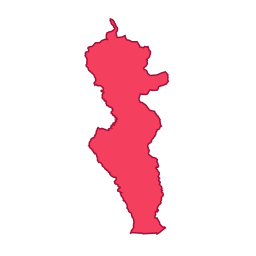 Cugir, Alba, Romania, rotated 192°
{"feature_id": "2599482B86964812869554", "entity_name": "Cugir", "entity_type": "district", "adm_level": 2, "iso_a3": "ROU", "parent_name": "Romania", "parent_adm1": "Alba", "projection": "natural_earth1", "projection_center": [23.412, 45.734], "detail": "fine", "context": "isolated", "style": "filled", "palette": "rose", "viewbox_px": 256, "rotation_deg": 192, "n_neighbors": 0, "source": "geoboundaries", "source_scale": "gbopen_adm2", "svg_char_len": 5856}
<svg xmlns="http://www.w3.org/2000/svg" viewBox="0 0 256 256"><g transform="rotate(192 128 128)"><path d="M125.8,211.7L126.0,211.1L128.8,211.2L129.4,209.8L133.5,209.8L133.8,211.0L134.7,211.7L135.9,213.2L137.2,214.3L142.0,213.2L145.4,214.1L147.3,213.9L148.7,215.1L150.1,217.8L152.7,215.7L157.3,214.3L157.8,214.8L159.1,217.5L159.6,219.2L159.5,219.9L158.8,220.6L158.6,221.0L158.8,222.7L159.1,223.6L160.7,225.1L162.4,227.4L163.3,228.2L163.6,229.0L164.2,229.6L165.7,230.7L167.9,231.0L167.8,229.3L166.6,228.0L166.1,226.8L165.5,226.1L163.4,225.0L163.2,223.9L162.0,223.3L161.7,222.4L162.2,221.2L164.1,219.1L166.5,218.0L168.3,216.6L168.1,215.9L168.6,215.1L168.4,214.1L168.4,213.3L167.8,211.6L166.6,210.3L168.8,210.0L169.7,209.6L170.4,208.8L171.7,208.2L173.6,205.5L177.3,204.7L178.1,203.8L178.9,201.9L180.2,200.2L182.0,199.8L182.4,199.3L183.2,199.0L183.8,198.2L183.8,197.6L182.8,196.5L182.6,194.5L184.3,193.8L185.2,193.1L185.4,192.3L184.6,190.9L185.0,189.9L182.3,186.9L182.3,185.9L181.9,184.9L182.0,183.9L181.5,182.3L182.1,180.8L181.4,179.5L180.4,179.1L179.3,178.2L179.1,177.2L178.3,176.3L173.6,173.7L172.4,172.8L172.0,172.4L171.5,171.3L170.2,170.0L169.8,169.0L169.4,166.7L170.1,166.0L170.6,164.9L170.1,164.2L169.7,164.0L169.3,163.0L168.5,163.6L167.9,163.8L167.3,163.2L166.3,163.1L163.9,163.6L163.0,163.6L162.4,163.0L161.6,162.8L160.5,162.0L160.6,161.7L160.1,161.2L160.3,159.9L160.8,159.4L161.8,159.4L162.0,159.2L161.8,158.2L161.6,158.1L160.5,158.4L159.5,157.8L159.1,157.9L159.2,157.2L159.6,157.0L159.9,156.2L159.8,155.6L160.0,155.3L160.2,154.8L159.5,153.9L159.7,152.9L159.6,152.3L158.7,151.3L157.7,151.4L157.3,151.0L157.2,150.2L156.5,149.5L156.1,149.5L155.3,149.8L155.0,149.7L154.5,148.7L154.8,147.8L154.5,147.3L153.7,146.7L153.7,146.0L153.4,145.6L151.7,145.7L151.2,144.9L148.8,144.6L147.4,144.0L147.2,143.7L147.3,143.0L146.5,142.3L146.5,141.9L147.4,140.9L147.8,139.9L147.3,138.7L146.2,138.7L145.7,137.6L145.3,137.3L143.7,137.2L143.7,136.6L143.6,136.4L143.1,136.5L142.8,136.1L142.7,135.3L142.5,135.2L142.0,135.6L141.3,135.6L141.0,134.8L140.6,134.6L141.3,134.0L141.0,133.5L141.1,133.3L141.7,133.2L141.9,133.1L141.1,132.7L140.8,132.1L140.9,131.8L141.7,131.5L141.9,131.2L141.7,130.3L143.5,129.8L143.4,129.0L142.0,128.4L141.9,128.2L142.1,128.0L142.6,128.0L143.8,128.3L144.3,127.4L144.1,126.8L145.0,126.5L144.8,124.9L144.3,124.6L145.1,124.4L145.5,123.8L146.7,123.1L146.3,122.3L146.3,121.8L146.8,121.6L147.5,121.8L148.8,121.3L149.8,121.8L153.6,122.2L154.5,121.4L155.6,121.2L155.9,121.5L157.3,122.2L157.9,120.8L157.7,120.2L158.3,117.8L158.1,116.6L158.2,115.3L159.0,113.8L158.9,113.2L159.1,112.0L159.5,111.5L161.5,110.1L161.9,109.0L162.1,108.0L162.1,107.1L162.6,106.4L162.8,105.8L162.5,103.7L162.1,103.0L162.5,102.6L162.0,102.5L162.0,101.6L161.4,101.3L160.9,100.6L159.2,99.8L158.8,99.2L158.2,99.2L157.4,98.4L157.3,97.7L156.8,97.5L156.5,97.1L155.7,96.6L155.6,96.1L155.1,95.9L154.6,96.3L154.0,96.0L152.8,94.4L152.3,93.2L151.6,92.2L151.3,91.3L151.3,90.3L149.8,88.6L149.4,88.3L147.9,88.5L145.7,87.1L145.4,86.6L145.5,85.9L145.0,85.3L144.2,85.1L143.0,84.4L141.8,83.1L140.4,83.0L140.2,82.8L140.3,82.5L140.2,82.2L138.7,81.7L137.8,80.7L136.6,80.6L136.3,80.3L136.5,79.7L135.7,78.6L135.1,78.4L134.3,77.7L131.8,76.8L129.9,77.3L129.7,77.1L129.4,76.5L129.1,76.4L128.8,75.5L129.0,74.6L130.2,72.8L129.4,71.8L129.5,71.4L129.0,70.8L128.3,70.6L127.6,70.8L125.9,70.1L125.7,69.8L125.6,69.0L123.8,68.2L123.6,68.4L123.3,68.0L124.6,66.7L125.1,65.7L125.2,64.9L124.9,64.3L121.7,63.6L122.0,63.5L121.9,62.6L120.8,61.3L120.7,60.4L120.3,60.3L120.1,59.9L119.0,59.1L117.4,57.1L117.6,56.2L117.1,55.8L116.2,56.0L113.1,52.9L112.4,51.3L112.5,50.4L112.3,49.4L111.1,48.6L110.4,47.6L110.0,46.8L109.3,46.2L107.3,45.6L105.3,41.6L104.4,41.2L103.7,40.0L102.5,37.0L102.6,35.5L102.3,33.3L101.9,32.3L102.1,30.8L103.3,28.5L103.3,26.9L103.9,25.0L102.9,26.4L92.4,28.0L91.2,27.7L78.2,31.2L77.6,30.3L75.3,32.5L73.2,35.3L70.6,38.1L71.4,38.7L72.9,38.4L73.8,38.6L75.4,39.4L76.3,40.3L76.8,40.4L77.6,42.2L81.4,46.5L81.1,45.6L83.1,45.9L83.3,47.6L82.9,48.8L83.7,51.5L83.5,51.9L83.1,51.8L82.5,52.3L82.0,52.1L81.9,52.4L82.2,52.5L81.1,53.4L81.5,54.3L82.6,54.3L82.4,54.9L82.6,55.7L82.5,57.2L81.5,59.6L80.8,60.2L80.6,61.0L80.1,61.7L80.5,62.2L80.7,62.7L80.4,64.6L80.7,66.3L81.0,66.8L79.6,69.4L79.7,70.4L80.5,71.7L81.7,72.3L82.1,73.0L81.4,73.9L82.0,74.4L82.6,74.6L82.3,75.4L82.5,75.4L82.7,77.1L84.5,78.7L85.3,79.1L85.2,79.2L85.5,79.5L85.5,80.5L85.1,81.1L85.7,82.2L86.6,82.4L86.6,82.9L87.1,83.2L87.0,83.7L87.3,84.3L86.6,85.3L88.5,86.5L88.0,87.1L88.3,87.7L87.8,88.9L88.3,90.9L89.8,91.9L90.1,92.7L90.6,93.1L91.4,93.4L91.6,93.9L92.3,94.4L92.5,94.7L92.1,95.8L91.1,95.6L90.5,95.9L90.2,97.4L91.2,98.5L91.2,99.0L92.0,100.4L92.5,100.6L92.7,101.0L92.8,101.5L92.7,103.2L94.3,104.1L96.3,104.5L98.2,104.3L98.7,104.8L99.7,105.3L101.6,106.1L102.6,107.0L102.8,109.0L102.5,110.2L102.6,110.6L103.7,111.7L104.1,112.8L104.9,113.6L104.9,114.3L105.1,115.1L104.6,117.1L103.1,118.2L102.8,118.6L102.7,119.1L102.2,119.5L102.4,120.5L102.2,121.1L102.1,122.2L101.2,123.2L100.8,124.5L100.1,125.5L99.9,126.6L99.6,127.3L99.8,128.3L99.6,128.9L99.7,130.1L99.0,131.4L99.1,132.3L97.7,133.1L97.0,134.1L96.8,135.9L95.7,136.8L97.1,138.4L97.9,140.8L98.4,141.3L98.3,142.7L101.4,146.0L102.7,146.6L103.7,147.8L104.8,148.6L105.4,149.8L108.4,149.7L111.1,150.1L111.6,150.8L115.4,154.1L119.6,155.9L121.4,155.8L123.0,157.7L123.4,158.8L123.1,163.7L117.1,164.6L116.1,165.4L115.6,166.3L115.6,167.2L114.8,169.0L114.1,169.9L111.3,169.9L108.9,170.8L107.5,171.0L106.9,171.9L106.6,173.3L106.7,174.8L103.1,176.8L99.5,179.1L99.2,180.4L98.2,182.0L99.1,183.2L99.5,185.9L100.1,187.6L100.0,188.3L103.1,190.7L106.2,189.1L110.9,185.8L117.3,184.0L120.1,185.4L121.2,187.4L122.0,188.1L124.6,188.7L125.1,190.0L123.0,192.9L122.4,195.3L123.3,197.0L123.2,198.3L124.1,198.8L121.9,201.8L121.6,205.5L121.9,207.6L123.4,208.3L125.4,211.8L125.8,211.7Z" fill="#f43f5e" stroke="#9f1239" stroke-width="1.5"/></g></svg>